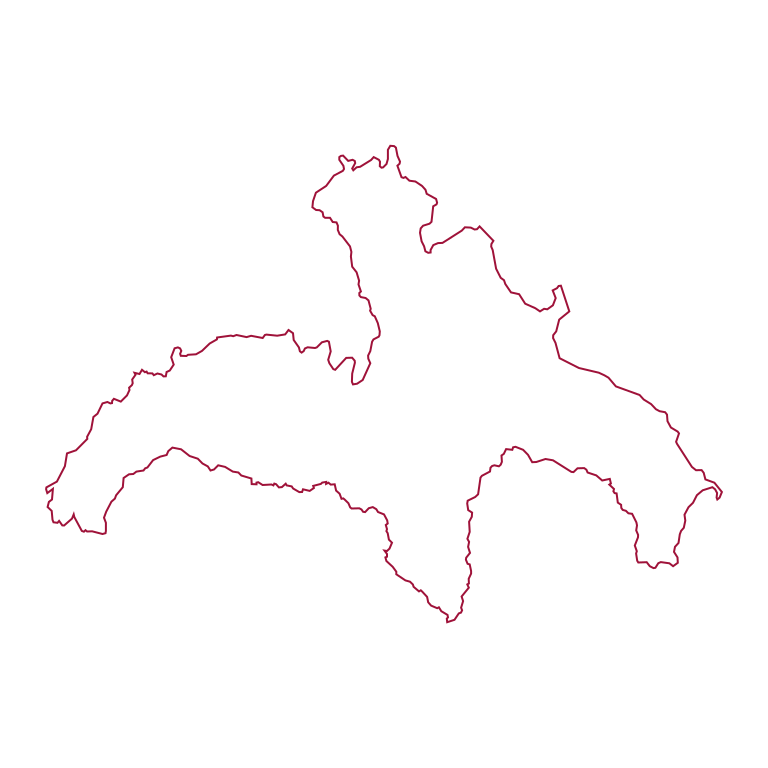 the district of Porto Grande, Amapá, Brazil
{"feature_id": "56859067B81686186446663", "entity_name": "Porto Grande", "entity_type": "district", "adm_level": 2, "iso_a3": "BRA", "parent_name": "Brazil", "parent_adm1": "Amapá", "projection": "natural_earth1", "projection_center": [-51.672, 0.615], "detail": "fine", "context": "isolated", "style": "outline", "palette": "rose", "viewbox_px": 768, "rotation_deg": 0, "n_neighbors": 0, "source": "geoboundaries", "source_scale": "gbopen_adm2", "svg_char_len": 6095}
<svg xmlns="http://www.w3.org/2000/svg" viewBox="0 0 768 768"><path d="M46.1,489.2L47.3,493.1L52.9,488.9L52.0,499.5L48.9,501.9L47.6,507.0L51.7,510.9L52.5,519.8L53.5,522.3L57.5,522.8L59.1,520.9L62.3,525.4L64.1,525.5L72.0,518.6L73.7,514.4L74.3,517.0L81.8,530.9L83.9,531.7L85.5,530.2L87.1,531.5L92.1,531.3L102.5,534.0L105.5,533.2L105.9,531.0L105.9,522.8L104.0,517.7L106.2,511.7L111.4,501.7L114.9,498.6L116.1,495.3L122.8,487.2L123.6,478.0L129.0,474.3L133.3,474.0L136.4,471.6L143.5,470.5L145.2,468.3L147.4,467.5L153.1,460.1L160.3,456.6L166.6,455.0L168.3,451.1L172.4,447.6L181.1,449.3L189.6,456.0L197.8,458.7L202.5,463.5L207.8,466.4L210.5,470.5L214.0,469.5L218.2,465.3L225.1,466.9L232.8,471.6L238.4,472.5L241.3,475.5L251.4,478.5L251.7,484.1L256.5,484.3L256.5,482.6L258.2,482.2L262.6,485.0L271.5,484.5L273.4,485.4L274.3,483.6L276.1,484.2L278.9,487.4L281.9,487.1L285.7,483.7L286.7,485.4L291.7,486.4L293.1,488.5L299.3,492.1L302.1,492.0L303.0,489.3L309.7,490.9L313.9,488.0L313.2,485.9L320.9,483.9L322.2,482.6L326.2,481.9L326.1,483.9L328.5,482.7L330.7,484.6L334.7,484.3L336.1,490.6L339.6,493.7L341.5,498.8L343.3,498.4L344.6,499.5L348.4,503.2L350.2,507.4L351.6,508.5L359.3,508.3L361.5,509.5L363.1,511.8L365.1,512.1L368.8,508.2L372.8,507.1L376.3,509.2L378.0,512.0L384.0,514.4L387.2,520.4L387.7,523.5L385.8,525.0L387.0,529.1L386.4,531.1L387.7,533.2L388.9,539.6L392.0,542.7L389.5,548.6L387.0,551.0L384.5,550.6L387.0,554.0L387.0,556.7L385.4,557.4L386.4,561.0L392.7,566.8L396.3,571.7L396.3,574.3L405.4,580.4L410.0,581.7L412.9,584.5L413.6,586.8L419.0,591.4L420.8,590.3L422.2,591.6L427.1,596.9L428.2,602.3L431.1,605.6L437.2,608.2L438.9,607.3L441.3,611.2L447.5,614.9L448.0,617.4L446.8,618.6L447.2,622.2L454.5,619.8L458.8,613.4L461.0,612.6L462.1,610.3L461.1,607.7L463.1,601.1L461.6,596.5L468.8,587.7L467.3,584.4L468.9,583.5L468.7,578.8L471.1,573.6L471.1,571.0L469.7,564.4L467.6,563.8L465.9,559.7L466.2,557.7L470.0,552.9L468.1,546.9L469.1,541.9L467.4,538.8L469.7,531.9L469.1,521.7L471.8,516.8L472.1,512.6L468.2,510.1L467.2,503.5L467.7,500.7L475.2,497.0L478.1,494.3L480.5,477.6L481.9,475.8L490.0,471.5L490.5,467.7L492.1,466.0L494.4,465.3L498.9,466.3L500.7,464.7L501.9,461.8L501.5,455.5L503.8,453.9L506.1,449.1L512.3,449.8L513.1,447.3L515.5,446.8L523.1,449.8L528.0,454.8L532.2,462.2L536.3,462.0L545.5,459.0L553.0,460.3L571.4,471.9L573.5,472.1L577.5,468.3L584.2,468.1L586.4,469.7L587.6,472.5L596.3,475.4L602.2,480.5L609.8,478.9L610.9,483.5L609.3,484.6L614.0,489.0L613.4,491.3L614.6,493.1L616.6,493.4L617.8,502.6L621.1,504.8L621.3,507.9L622.7,509.9L625.9,510.8L628.4,513.3L632.1,513.8L636.4,522.4L637.0,525.4L636.2,530.4L638.1,534.9L638.0,537.3L634.8,545.5L636.8,551.2L636.1,553.5L637.2,560.7L638.3,562.5L646.7,562.2L649.8,566.2L653.5,568.1L655.4,567.8L658.3,563.2L660.8,562.1L669.4,563.3L673.1,566.2L677.8,562.8L677.5,557.4L674.0,551.9L675.0,546.8L678.5,543.0L679.8,534.3L681.1,530.9L683.8,527.8L685.3,520.6L684.5,514.7L688.5,507.2L693.0,502.8L696.9,495.2L702.7,490.3L712.4,487.2L715.1,489.3L717.1,493.0L716.6,497.6L717.3,499.5L719.6,497.6L721.9,492.0L714.4,482.7L705.4,479.4L703.7,472.8L701.6,470.1L696.0,470.2L691.9,466.9L677.0,443.8L676.1,441.8L679.0,433.4L677.7,431.6L670.9,427.5L667.5,421.2L667.0,414.6L665.1,412.2L659.6,411.2L655.9,409.2L651.1,404.1L643.7,399.5L639.6,395.0L615.9,386.4L608.5,377.7L604.4,375.3L598.8,372.7L578.9,368.0L559.6,358.2L555.5,342.9L553.1,338.1L553.2,335.2L556.2,331.4L559.2,319.6L569.3,311.4L560.9,285.7L558.6,286.0L557.0,288.2L552.7,290.4L555.7,298.1L552.9,305.3L547.3,309.3L544.1,308.8L540.0,311.4L535.3,308.2L525.2,303.7L519.1,294.2L511.0,292.4L505.3,284.0L504.0,280.2L500.7,277.8L496.1,268.7L492.7,250.1L491.2,246.6L491.4,244.0L493.4,240.8L479.6,226.4L477.0,229.2L474.6,229.5L470.8,227.6L464.9,227.3L461.8,230.6L442.5,242.9L438.0,243.1L433.3,245.1L430.6,250.0L430.6,252.5L428.2,252.8L425.4,251.3L424.1,246.3L421.6,241.3L420.0,232.8L420.7,228.4L423.1,225.7L429.5,223.7L431.5,221.8L433.2,206.3L436.5,204.4L437.1,202.7L436.1,199.0L426.7,193.8L425.5,189.8L422.1,186.0L415.4,181.5L409.4,180.7L405.5,177.0L403.5,177.9L401.5,177.2L397.4,165.7L399.6,163.7L400.0,161.6L397.5,155.9L395.9,147.6L394.1,146.1L390.3,145.8L387.9,149.8L387.9,159.0L386.5,164.0L383.1,167.4L381.5,167.7L379.8,166.2L380.0,161.7L378.9,159.8L373.7,157.1L371.1,160.0L360.1,166.8L356.6,167.3L353.3,170.3L352.2,168.5L355.2,163.1L354.8,161.0L352.6,159.8L348.2,160.9L343.1,155.6L340.9,155.9L339.3,157.1L339.3,159.8L343.4,165.8L344.0,169.0L342.9,170.8L333.9,175.6L326.2,185.9L315.9,192.7L313.0,201.2L312.4,207.3L316.1,210.0L319.6,210.2L322.6,212.3L323.4,216.5L325.1,217.8L330.0,217.8L332.7,222.0L336.5,222.4L337.9,225.7L337.8,229.9L339.6,234.2L342.4,236.5L350.0,246.4L351.4,251.9L350.9,256.5L352.2,266.7L356.6,272.3L359.1,280.7L358.5,284.4L360.9,291.5L359.3,293.0L359.4,295.5L360.9,297.1L365.6,298.0L368.5,300.4L370.7,308.8L370.1,310.7L372.6,315.1L374.8,316.3L377.8,323.1L379.8,331.4L379.5,335.2L378.7,336.7L373.5,339.4L372.1,341.7L370.3,351.1L368.1,355.6L368.3,358.7L370.3,363.2L362.7,380.0L357.1,383.7L353.0,384.4L351.9,381.8L352.2,373.6L354.9,362.7L354.7,360.7L352.1,357.7L346.2,357.9L335.2,369.8L333.3,369.1L329.4,363.3L328.2,359.8L330.7,351.4L328.9,341.7L327.2,340.9L321.9,342.3L316.8,347.4L315.0,348.0L307.6,347.3L304.9,348.5L303.7,351.1L301.6,352.6L299.9,351.3L298.9,347.4L293.7,340.0L293.0,333.2L288.5,330.0L285.2,334.4L277.2,335.7L266.4,334.6L264.9,335.0L262.7,338.0L251.1,335.8L246.6,337.1L236.5,335.0L233.2,336.2L230.9,335.6L217.1,337.5L216.9,339.4L209.7,343.5L202.0,350.9L196.0,354.3L188.0,354.8L186.4,356.0L180.8,355.8L180.1,353.8L181.3,350.9L180.1,348.4L177.9,347.4L174.6,348.3L171.2,357.2L173.7,364.6L169.8,370.5L166.6,372.0L165.8,376.3L163.5,376.4L161.5,374.5L157.4,373.5L153.8,375.2L152.4,373.4L147.6,373.3L146.6,371.6L144.9,372.2L142.0,369.8L139.5,374.0L134.5,372.8L135.5,374.8L132.2,379.5L132.7,383.2L131.9,385.1L129.1,387.7L129.5,390.0L127.0,395.4L120.8,401.6L113.9,398.8L112.2,400.8L112.0,403.1L110.4,403.4L107.4,402.0L102.5,403.4L97.5,413.7L93.4,417.0L91.2,429.2L87.1,436.8L87.3,438.9L76.0,450.3L67.0,453.4L64.9,466.2L56.9,481.6L46.4,487.4L46.1,489.2Z" fill="none" stroke="#9f1239" stroke-width="2"/></svg>